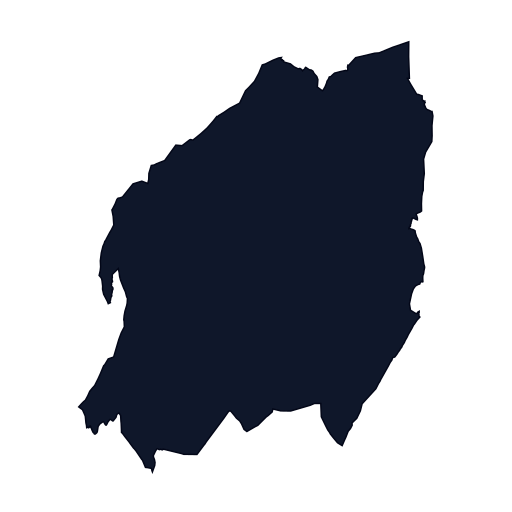 Fyresdal nor, Telemark, Norway (Natural Earth projection), rotated 92°
{"feature_id": "86288312B57586281322059", "entity_name": "Fyresdal nor", "entity_type": "district", "adm_level": 2, "iso_a3": "NOR", "parent_name": "Norway", "parent_adm1": "Telemark", "projection": "natural_earth1", "projection_center": [8.028, 59.145], "detail": "fine", "context": "isolated", "style": "filled", "palette": "ink", "viewbox_px": 512, "rotation_deg": 92, "n_neighbors": 0, "source": "geoboundaries", "source_scale": "gbopen_adm2", "svg_char_len": 5883}
<svg xmlns="http://www.w3.org/2000/svg" viewBox="0 0 512 512"><g transform="rotate(92 256 256)"><path d="M311.3,90.1L311.0,90.3L310.6,90.8L309.9,91.1L308.6,91.1L307.7,91.3L307.2,91.3L306.6,90.9L305.6,91.0L305.9,91.4L306.1,92.0L306.9,92.5L307.8,92.7L307.8,93.0L307.7,94.7L304.8,99.7L298.4,101.0L288.3,99.2L283.4,97.6L280.4,95.6L278.9,93.2L278.3,91.4L278.1,91.3L277.0,91.0L276.0,90.0L275.7,89.4L276.1,88.7L275.9,88.3L272.3,88.6L270.2,88.6L269.4,88.5L268.4,88.1L267.6,87.9L264.7,87.6L261.9,87.1L260.7,87.2L258.2,88.0L251.0,89.3L242.4,91.0L237.9,92.5L236.0,93.9L233.2,95.0L231.3,96.2L227.3,97.6L225.3,97.9L224.8,98.5L224.0,100.3L223.9,101.2L223.0,103.7L223.3,104.2L222.7,104.3L221.7,103.7L221.5,103.3L221.4,103.1L221.1,103.1L220.9,102.8L220.4,102.6L219.9,102.7L219.8,102.9L219.6,102.9L218.1,102.2L216.4,102.1L215.5,101.7L214.9,101.8L214.3,101.4L213.7,101.6L213.4,101.3L212.8,101.3L212.8,100.8L212.5,100.7L212.4,100.3L213.8,97.5L214.2,96.0L212.6,96.0L210.9,96.5L208.4,97.5L207.7,96.4L207.2,95.4L206.9,94.6L206.2,93.2L205.2,92.1L197.9,92.5L190.6,92.4L186.5,91.8L184.6,91.2L175.8,91.4L167.8,90.7L153.3,91.9L146.2,90.1L135.5,84.3L129.8,84.2L119.5,84.7L109.9,84.1L105.5,85.1L105.6,85.4L104.4,88.0L104.1,88.9L103.5,90.4L103.0,90.9L102.1,91.6L100.1,92.4L99.9,92.9L98.4,93.0L98.0,92.9L97.0,92.9L96.9,92.8L97.0,92.7L96.8,92.4L96.6,92.5L96.4,92.4L95.7,92.8L95.4,92.8L95.5,93.0L95.4,93.1L95.4,93.4L95.4,93.7L95.1,93.8L95.0,94.0L95.1,94.5L94.4,94.8L94.0,95.2L93.8,95.6L93.5,95.6L93.0,95.4L92.3,95.4L92.0,95.5L90.2,95.5L88.8,99.8L88.8,101.0L79.0,107.4L73.2,110.9L73.1,108.9L51.5,110.4L36.6,110.8L42.7,126.8L48.7,140.0L49.2,144.5L54.3,163.3L62.5,170.3L62.1,170.4L62.1,170.9L63.7,170.9L64.0,171.2L64.3,171.0L65.7,170.8L66.8,170.8L67.5,171.3L67.7,172.0L67.4,172.7L67.4,172.9L67.5,173.1L68.6,177.5L70.5,183.9L72.5,186.0L74.1,187.5L74.5,189.0L76.9,189.9L78.8,191.1L80.7,191.5L84.3,192.8L86.8,194.1L88.5,195.2L88.4,195.7L85.0,200.6L77.6,200.3L74.5,201.5L71.6,204.3L69.3,205.6L68.2,207.3L68.0,209.2L65.7,212.9L66.0,213.3L66.8,213.6L67.9,214.4L68.2,214.9L68.5,215.1L68.8,215.5L69.3,215.9L68.1,216.8L67.0,218.7L67.5,220.4L65.6,224.6L62.8,228.3L61.1,235.0L60.1,235.1L59.8,235.4L59.9,235.6L59.6,236.4L58.9,236.6L58.8,236.8L59.1,236.9L59.2,237.1L59.3,237.2L58.9,237.4L58.9,237.6L58.7,238.0L58.1,238.1L57.6,238.0L57.1,237.9L56.8,237.7L57.2,240.0L57.5,240.8L59.7,245.8L63.8,253.4L64.8,256.4L73.4,259.6L81.5,263.6L87.7,268.9L91.2,272.2L103.8,277.7L109.4,287.5L113.4,292.8L117.0,298.3L117.3,298.6L117.9,298.7L118.2,298.9L118.0,299.2L118.0,299.5L117.9,299.7L117.9,300.0L122.6,303.4L129.8,309.3L136.0,315.7L142.4,323.1L141.9,325.3L142.2,326.3L148.3,333.7L148.0,340.0L163.8,350.6L167.2,358.5L168.6,360.9L169.2,363.8L177.1,365.9L183.4,365.9L187.3,366.7L185.2,372.7L188.2,381.4L201.7,391.5L202.7,394.1L203.0,395.7L203.3,396.2L204.4,397.0L208.9,398.6L214.0,401.0L215.0,401.6L221.5,400.1L230.0,399.2L235.4,401.7L237.3,402.8L244.5,406.3L245.3,406.6L246.7,407.6L248.9,408.2L251.6,409.3L258.3,410.7L266.2,411.4L272.3,410.9L276.2,411.2L280.9,412.1L282.9,410.2L284.4,409.4L286.2,409.0L291.5,408.2L294.6,408.2L299.6,406.9L306.6,402.9L308.8,402.0L307.7,399.9L306.8,400.3L306.5,400.3L305.3,399.9L303.4,399.7L301.5,399.2L301.3,399.1L301.3,398.9L300.9,398.7L299.5,399.0L297.2,398.5L295.6,398.4L295.2,398.6L294.7,398.6L294.6,398.4L294.7,398.0L294.1,397.8L293.0,397.9L292.5,398.1L291.1,399.4L290.3,399.5L289.9,399.5L289.5,399.3L288.1,399.5L287.3,399.3L286.9,399.1L286.9,398.6L286.3,398.5L284.4,399.1L283.8,399.0L283.3,399.2L282.8,398.9L282.4,398.8L281.0,399.0L279.3,398.9L273.3,393.2L277.7,392.1L279.3,391.9L281.2,391.6L284.6,390.6L292.5,387.2L296.3,385.3L301.3,383.8L302.8,383.0L307.5,383.1L310.0,383.5L315.6,385.0L320.4,385.7L324.4,385.9L326.0,385.5L331.4,385.1L337.6,388.0L344.3,390.2L361.8,394.7L362.0,394.9L364.0,400.1L370.0,403.4L371.0,404.4L378.8,407.3L383.9,409.4L391.1,412.7L393.7,414.9L397.0,417.4L401.5,419.2L406.1,421.5L407.6,423.2L409.9,425.3L413.0,427.9L415.7,424.0L420.9,421.5L422.1,421.0L428.9,420.1L431.2,419.5L433.5,419.2L433.0,418.0L433.1,417.7L433.5,417.4L433.4,417.0L433.1,416.7L432.4,416.6L431.8,416.4L431.7,415.5L432.0,415.3L433.0,415.2L434.2,414.4L435.8,413.8L435.9,413.7L437.6,412.9L438.3,412.3L438.6,411.8L439.5,411.3L439.6,410.6L439.1,409.9L438.0,408.8L436.7,408.4L432.4,407.9L431.6,407.7L429.3,406.2L426.8,403.0L426.9,402.7L427.3,402.3L429.4,401.0L430.2,400.3L430.2,400.1L430.2,399.7L428.9,399.0L427.4,398.4L424.5,396.4L424.4,395.8L425.1,394.5L425.8,393.6L425.8,393.0L422.1,390.3L419.2,389.6L417.5,387.5L420.2,385.7L425.8,385.2L427.9,384.9L435.8,384.3L436.9,384.3L438.2,383.0L441.0,380.8L446.3,376.3L447.8,375.2L452.2,371.7L453.0,370.8L455.1,369.0L463.4,363.0L463.9,362.4L471.1,359.1L471.2,358.4L471.2,357.5L471.9,353.1L474.2,352.5L475.4,352.0L468.9,349.9L465.9,349.7L462.9,350.4L461.1,351.2L459.3,351.7L455.3,350.0L453.8,349.3L452.1,348.1L452.0,347.7L452.8,346.1L452.9,345.6L452.4,344.4L452.5,344.1L452.8,343.7L453.0,343.0L453.0,342.8L452.6,342.2L452.2,342.1L456.0,323.7L456.7,321.3L456.4,308.1L446.9,301.5L445.8,300.6L443.4,299.2L419.4,282.6L413.5,278.8L412.5,278.1L411.6,276.9L412.1,275.6L416.5,271.7L418.7,269.9L421.4,266.5L424.2,264.6L429.7,261.9L431.7,259.0L426.6,250.9L425.2,248.3L422.6,245.9L416.4,240.1L415.1,238.4L411.3,234.4L408.3,233.8L409.9,225.9L409.7,216.0L403.3,196.7L401.3,192.4L401.1,186.1L414.4,185.1L423.3,180.4L427.3,178.2L429.9,176.2L431.1,175.6L435.0,172.3L439.8,168.0L442.5,163.3L436.6,161.0L434.3,160.0L428.0,157.8L425.2,155.6L421.8,154.0L419.5,154.2L414.7,149.6L414.4,149.5L407.1,146.3L400.0,144.8L384.5,131.6L379.1,129.1L376.4,127.5L375.2,127.1L373.5,126.2L361.3,119.9L357.7,118.2L355.3,116.6L353.1,116.0L352.7,115.6L352.1,113.8L351.7,113.5L349.0,111.6L347.0,110.5L345.3,109.2L344.3,108.8L341.7,107.0L340.5,106.7L337.4,104.8L335.1,103.9L331.9,102.2L329.1,101.0L322.9,97.7L319.4,96.1L318.6,95.4L314.6,92.9L311.3,90.1Z" fill="#0f172a" stroke="#020617" stroke-width="1.5"/></g></svg>